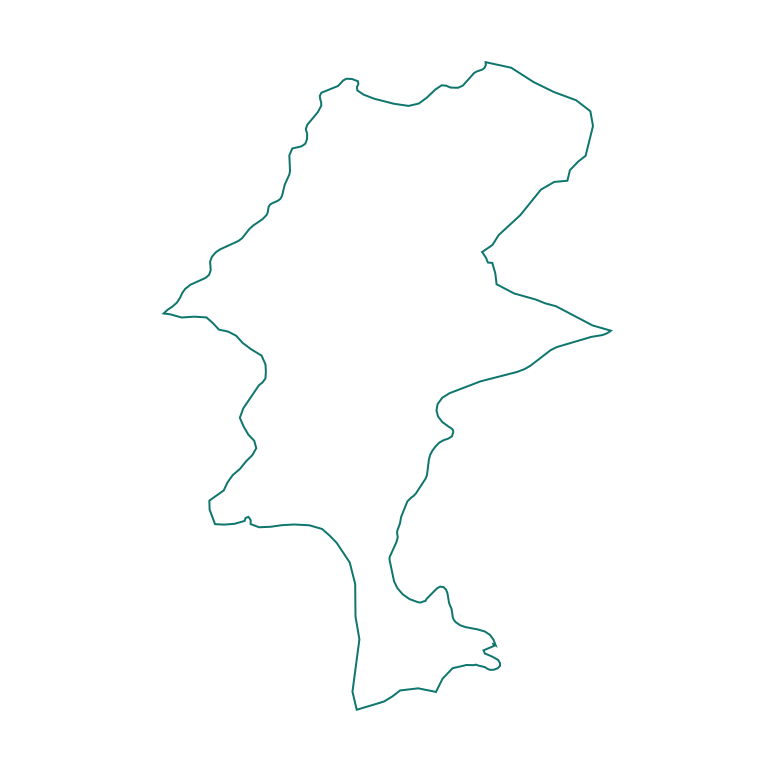 outline of Bolikhamxai, rotated 273°
{"feature_id": "LAO-3292", "entity_name": "Bolikhamxai", "entity_type": "Province", "adm_level": 1, "iso_a3": "LAO", "parent_name": "Laos", "parent_adm1": "", "projection": "equal_earth", "projection_center": [104.026, 18.483], "detail": "fine", "context": "isolated", "style": "outline", "palette": "teal", "viewbox_px": 768, "rotation_deg": 273, "n_neighbors": 0, "source": "natural_earth", "source_scale": "10m", "svg_char_len": 3218}
<svg xmlns="http://www.w3.org/2000/svg" viewBox="0 0 768 768"><g transform="rotate(273 384 384)"><path d="M231.2,405.7L226.2,404.5L211.5,398.7L208.8,398.7L187.4,404.4L180.9,408.0L175.0,413.6L170.5,420.8L167.8,429.6L167.7,431.9L168.2,433.3L168.9,434.7L169.5,436.7L171.8,437.9L182.9,447.8L184.6,450.8L184.5,451.4L184.3,454.1L181.8,456.8L178.4,458.3L168.5,460.5L162.7,463.3L154.7,464.9L152.4,465.9L150.1,467.8L147.2,472.4L145.5,478.0L143.9,490.0L142.1,497.7L138.9,503.1L134.4,506.7L128.8,509.2L129.1,508.7L129.8,506.9L129.6,507.0L128.4,507.8L128.2,507.5L123.2,497.3L120.1,498.9L117.6,505.9L114.4,512.4L111.4,514.4L108.6,514.6L106.2,512.6L104.4,508.6L104.1,504.6L105.1,502.0L106.4,499.8L107.0,497.3L107.6,493.7L108.5,490.5L107.9,487.9L107.7,481.0L105.9,474.9L103.8,467.4L92.8,457.9L79.2,452.0L81.9,434.1L78.8,416.1L72.6,408.9L66.9,400.6L57.3,373.8L75.1,368.6L127.7,372.8L150.4,367.7L182.8,365.7L204.0,359.1L222.7,345.2L229.8,337.6L236.0,329.7L239.0,316.8L239.0,301.6L237.7,289.6L235.5,278.3L234.4,266.8L237.1,258.2L241.2,257.9L244.2,255.6L243.0,252.8L240.0,252.0L236.6,242.2L235.2,231.7L235.2,222.6L249.5,216.4L258.4,215.7L269.3,229.5L277.4,232.8L285.1,237.7L291.9,244.8L299.6,250.3L306.0,256.2L313.2,259.8L320.5,257.4L326.3,251.2L334.3,246.0L342.7,241.8L352.4,244.8L376.1,259.1L379.5,262.8L383.3,265.3L390.2,265.4L397.3,264.6L405.9,260.3L411.9,249.2L417.7,240.6L424.4,233.9L428.1,225.8L429.7,216.3L435.7,210.1L441.2,203.2L441.3,190.9L439.8,178.4L442.4,166.9L442.9,160.2L446.8,164.0L450.3,168.7L454.4,172.9L459.6,175.9L464.2,177.7L468.5,180.4L473.0,185.5L480.7,200.4L484.0,203.7L488.8,205.0L497.1,203.9L502.2,205.6L506.7,209.1L509.9,213.3L519.2,231.1L522.3,234.8L531.3,241.1L535.2,244.8L542.5,254.3L546.5,257.8L549.2,258.9L554.4,259.4L557.0,260.6L558.5,262.6L561.6,268.7L563.7,271.0L566.8,272.4L577.8,274.4L588.2,278.5L591.9,279.0L607.3,277.5L614.4,280.1L617.0,289.1L619.8,292.8L624.5,294.3L629.8,294.2L634.3,292.6L638.7,293.7L652.2,303.8L658.7,306.8L662.0,306.5L665.1,305.4L668.3,304.8L671.6,306.2L679.2,322.5L685.1,327.5L686.9,330.6L686.9,335.0L686.9,336.2L684.9,342.2L682.2,342.7L679.1,341.4L675.8,342.0L671.9,348.5L668.4,359.2L664.4,379.1L663.0,394.0L665.9,404.1L672.2,411.8L680.6,419.7L685.3,425.9L685.2,430.2L683.5,435.0L683.7,442.5L686.2,447.2L699.3,457.7L700.9,460.2L703.2,465.8L705.0,467.9L707.9,469.0L710.7,468.6L706.5,494.5L693.4,517.5L684.5,538.3L677.4,561.1L667.2,575.8L652.6,579.2L622.5,573.4L616.2,566.2L607.3,558.5L596.6,556.5L594.7,543.4L586.3,530.5L559.8,511.3L538.7,490.7L528.6,485.1L520.9,475.1L515.2,479.4L512.9,480.3L510.7,481.5L510.6,485.8L500.2,489.4L489.5,491.2L481.2,509.3L476.3,531.1L472.9,541.1L470.7,551.6L453.4,589.2L449.1,607.8L448.1,606.7L445.9,603.3L444.3,599.5L441.9,588.5L430.0,554.8L427.9,551.1L426.5,548.6L409.8,529.1L406.2,523.5L403.1,516.5L391.7,480.2L378.3,450.0L373.4,443.0L366.8,438.6L360.3,437.8L354.4,439.7L349.2,444.1L344.8,450.7L343.7,452.9L342.7,454.4L341.5,455.3L339.5,455.7L335.2,454.5L332.8,451.0L331.0,446.4L328.3,442.2L324.3,438.7L320.1,435.9L315.6,433.8L310.9,432.8L295.3,431.7L291.7,430.5L276.4,421.6L274.1,419.7L271.8,417.0L268.0,413.5L252.3,408.1L245.4,407.2L238.6,405.1L236.3,404.8L232.5,405.6L231.2,405.7Z" fill="none" stroke="#0f766e" stroke-width="2"/></g></svg>